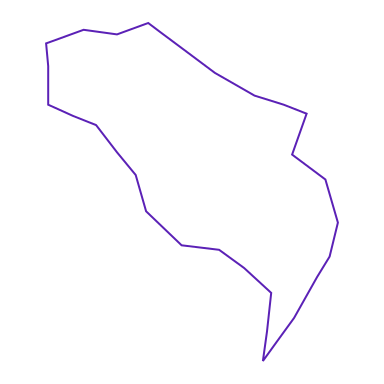 Masari, Cyprus
{"feature_id": "46923920B88721309897809", "entity_name": "Masari", "entity_type": "district", "adm_level": 2, "iso_a3": "CYP", "parent_name": "Cyprus", "parent_adm1": "", "projection": "equal_earth", "projection_center": [33.076, 35.181], "detail": "fine", "context": "isolated", "style": "outline", "palette": "violet", "viewbox_px": 384, "rotation_deg": 0, "n_neighbors": 0, "source": "geoboundaries", "source_scale": "gbopen_adm2", "svg_char_len": 483}
<svg xmlns="http://www.w3.org/2000/svg" viewBox="0 0 384 384"><path d="M160.4,32.2L148.2,23.0L117.0,34.4L83.6,29.8L46.1,43.4L48.2,66.1L48.2,104.7L73.2,116.0L96.1,125.1L117.0,152.3L135.7,175.0L146.1,211.3L181.6,245.3L219.1,249.8L244.1,268.0L271.2,292.9L267.0,331.5L262.9,361.0L276.3,342.4L294.1,317.9L317.1,277.0L329.6,256.6L337.9,222.6L325.4,179.5L292.1,154.6L306.6,113.7L283.7,104.7L254.5,95.6L214.9,72.9L181.6,48.0L160.4,32.2Z" fill="none" stroke="#5b21b6" stroke-width="2"/></svg>